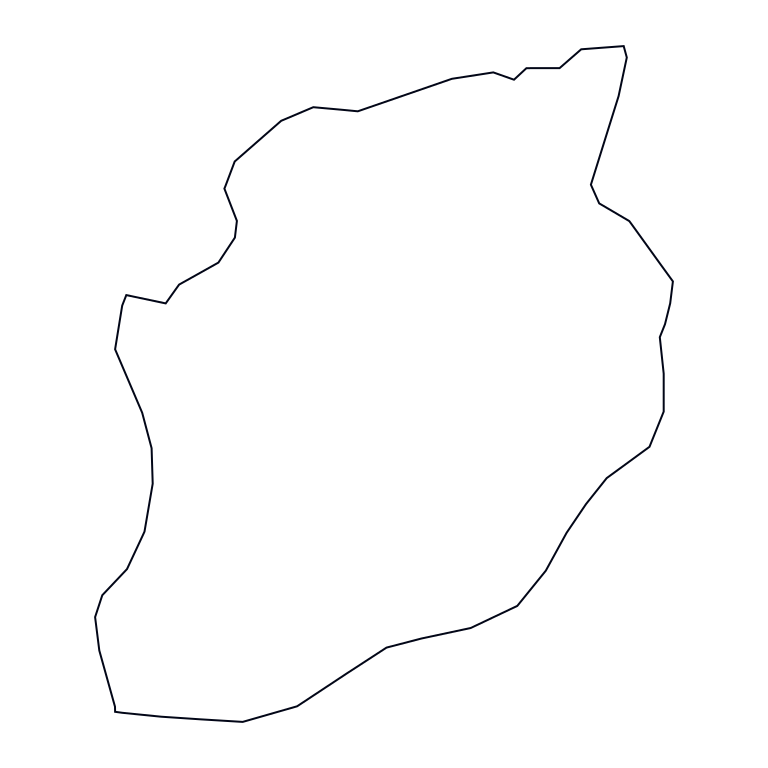 Kalima, Maniema, Democratic Republic of the Congo (Albers equal-area conic projection)
{"feature_id": "63176286B20601319898864", "entity_name": "Kalima", "entity_type": "district", "adm_level": 2, "iso_a3": "COD", "parent_name": "Democratic Republic of the Congo", "parent_adm1": "Maniema", "projection": "albers", "projection_center": [26.556, -2.511], "detail": "fine", "context": "isolated", "style": "outline", "palette": "ink", "viewbox_px": 768, "rotation_deg": 0, "n_neighbors": 0, "source": "geoboundaries", "source_scale": "gbopen_adm2", "svg_char_len": 906}
<svg xmlns="http://www.w3.org/2000/svg" viewBox="0 0 768 768"><path d="M115.1,711.8L122.3,712.8L161.1,716.7L200.0,719.3L242.7,721.9L297.1,706.3L346.4,673.7L386.5,647.6L421.5,638.5L470.7,628.0L517.3,605.9L545.8,570.7L566.6,532.8L586.0,504.1L606.7,478.1L649.5,446.8L663.7,411.6L663.7,373.7L659.8,337.2L665.0,324.2L670.2,303.3L672.9,281.4L661.0,265.0L631.3,223.8L629.3,221.1L599.2,203.4L590.9,184.7L609.2,126.1L618.6,96.1L626.8,57.5L623.7,46.1L581.2,49.3L559.6,68.1L537.1,68.1L526.4,68.2L514.0,79.7L493.3,72.4L480.5,74.4L451.9,78.8L357.8,111.3L342.2,109.8L313.3,107.2L281.2,120.8L234.7,161.5L225.5,185.9L224.4,188.6L236.9,220.9L234.9,237.6L218.4,262.6L179.1,284.6L175.8,289.2L165.7,303.4L126.3,295.1L122.2,305.6L115.1,349.3L142.2,412.8L151.6,448.2L152.7,483.7L144.5,531.6L143.0,534.9L127.0,569.1L102.3,595.2L95.1,617.1L99.3,650.5L115.0,706.7L115.1,711.8Z" fill="none" stroke="#020617" stroke-width="2"/></svg>